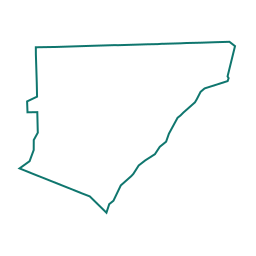 DeKalb, Georgia, United States of America (Mercator projection), rotated 88°
{"feature_id": "52423323B8956150645688", "entity_name": "DeKalb", "entity_type": "district", "adm_level": 2, "iso_a3": "USA", "parent_name": "United States of America", "parent_adm1": "Georgia", "projection": "mercator", "projection_center": [-84.225, 33.792], "detail": "fine", "context": "isolated", "style": "outline", "palette": "teal", "viewbox_px": 256, "rotation_deg": 88, "n_neighbors": 0, "source": "geoboundaries", "source_scale": "gbopen_adm2", "svg_char_len": 842}
<svg xmlns="http://www.w3.org/2000/svg" viewBox="0 0 256 256"><g transform="rotate(88 128 128)"><path d="M211.9,152.5L203.4,149.4L200.2,145.1L185.1,137.2L176.1,126.3L174.1,124.3L165.8,118.6L160.9,111.8L155.1,102.0L147.9,96.9L143.0,90.4L135.1,87.3L119.5,78.1L117.3,75.1L114.4,72.0L104.7,60.2L102.2,58.6L101.9,58.4L94.4,54.2L91.3,50.3L91.0,49.7L84.6,26.8L81.7,25.7L79.9,26.7L49.9,18.2L45.4,23.6L45.3,37.8L45.3,52.1L45.1,67.0L45.2,72.5L45.1,87.7L45.1,89.9L45.0,90.8L45.2,95.3L45.0,107.0L45.0,107.7L45.0,112.5L44.9,133.8L44.9,134.5L44.7,139.5L44.6,160.9L44.5,197.2L44.1,217.3L51.2,217.5L79.5,217.6L86.9,217.7L93.5,217.8L97.9,227.9L108.8,227.9L109.0,218.1L127.8,218.3L129.5,218.3L136.7,222.6L146.7,223.0L157.7,227.5L164.6,237.8L170.5,224.6L185.8,189.7L191.7,176.4L195.0,168.6L211.9,152.5Z" fill="none" stroke="#0f766e" stroke-width="2"/></g></svg>